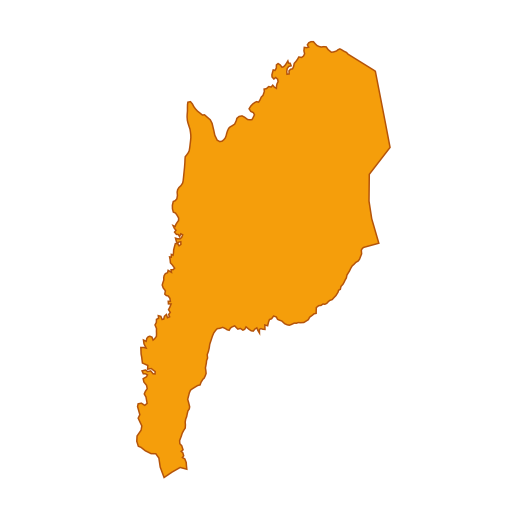 outline of Turilândia, Maranhão, Brazil, rotated 169°
{"feature_id": "56859067B16746670752925", "entity_name": "Turilândia", "entity_type": "district", "adm_level": 2, "iso_a3": "BRA", "parent_name": "Brazil", "parent_adm1": "Maranhão", "projection": "equal_earth", "projection_center": [-45.364, -2.12], "detail": "fine", "context": "isolated", "style": "filled", "palette": "amber", "viewbox_px": 512, "rotation_deg": 169, "n_neighbors": 0, "source": "geoboundaries", "source_scale": "gbopen_adm2", "svg_char_len": 5413}
<svg xmlns="http://www.w3.org/2000/svg" viewBox="0 0 512 512"><g transform="rotate(169 256 256)"><path d="M364.6,59.9L364.3,63.3L363.9,66.6L364.6,70.4L366.7,72.2L365.1,73.7L365.4,76.8L366.7,78.5L364.6,79.7L365.1,83.9L366.6,86.3L366.2,89.4L363.6,93.6L362.2,96.2L360.1,98.8L358.3,100.6L357.5,103.7L357.2,106.5L356.1,109.4L354.8,111.4L353.5,114.5L352.4,116.9L350.7,118.6L349.9,120.6L350.1,124.9L350.4,128.4L348.9,131.5L347.6,134.3L345.9,136.8L343.6,137.9L340.4,139.1L337.9,140.0L335.5,140.1L334.1,142.5L331.7,145.1L330.2,146.0L328.6,148.2L327.4,150.2L327.1,153.2L327.0,155.8L326.0,158.3L325.2,160.3L324.5,162.7L323.0,165.1L322.7,168.5L321.0,171.3L319.5,174.6L318.2,178.3L316.0,182.2L314.9,184.2L313.8,186.1L312.1,188.6L309.6,190.9L307.8,192.1L305.7,191.9L302.3,192.3L300.0,190.7L298.4,189.1L296.5,188.2L294.9,190.1L293.2,190.9L290.3,191.5L287.8,187.7L285.2,187.9L283.0,185.7L281.1,186.2L279.3,188.3L276.9,185.4L275.0,183.5L273.0,182.8L271.0,184.5L268.9,185.3L268.4,182.6L267.3,179.7L266.7,183.3L265.0,183.8L263.5,182.9L261.2,182.2L260.5,186.6L257.9,185.3L256.3,188.8L254.9,191.1L252.7,191.4L250.2,193.7L247.7,192.3L246.9,189.7L245.5,188.7L243.1,187.3L240.8,184.1L238.5,182.5L236.5,181.7L234.5,182.0L231.2,182.8L229.2,182.3L227.3,182.6L224.9,182.0L221.7,181.6L216.8,183.5L215.0,185.7L212.0,187.1L210.0,188.2L207.9,188.2L207.2,191.5L206.6,193.9L203.9,195.3L201.6,195.1L199.4,196.1L197.7,195.5L195.6,196.0L193.7,197.4L192.1,198.3L189.5,198.7L187.8,200.0L185.1,201.9L182.4,204.8L181.5,206.6L179.6,207.2L178.4,209.9L176.0,211.7L174.4,213.6L173.1,215.4L171.5,217.2L170.4,219.9L167.0,223.6L165.4,225.8L163.4,228.0L161.6,229.0L159.2,230.7L156.6,231.6L155.0,233.1L153.8,235.0L151.9,238.0L151.5,241.6L150.2,243.1L148.7,243.9L133.0,245.1L135.3,270.4L134.6,288.3L133.7,292.7L129.2,314.6L103.7,337.0L103.6,362.5L103.6,380.7L103.6,385.6L103.6,414.6L105.2,416.2L127.1,436.5L128.3,438.5L130.8,440.4L132.7,442.2L134.2,443.3L136.2,442.8L137.8,441.9L141.0,441.5L143.1,441.6L145.8,444.8L147.2,447.9L149.7,448.6L152.1,448.7L154.1,449.6L155.9,450.9L157.3,452.9L158.7,455.4L161.1,455.9L163.5,455.3L165.3,453.5L164.5,451.0L166.5,450.8L168.8,451.6L169.8,448.3L169.7,445.2L171.2,443.2L173.4,442.2L176.0,443.2L177.5,441.4L179.6,439.4L181.7,437.8L183.0,434.7L184.4,432.8L186.5,432.7L188.3,431.4L188.7,428.4L190.9,428.5L190.6,431.3L189.6,434.1L187.7,435.8L185.2,436.0L185.7,438.7L187.3,439.1L187.5,441.4L189.1,439.6L190.9,437.8L192.8,436.5L194.4,436.3L195.9,439.1L197.6,440.7L199.5,439.7L200.2,436.6L202.0,434.5L203.6,435.4L205.8,430.9L206.1,428.7L204.7,426.3L202.6,427.5L201.0,425.4L201.1,422.8L202.4,421.2L203.3,419.3L204.0,416.7L205.7,418.2L207.0,420.5L208.8,419.0L211.2,419.9L213.8,418.3L216.2,418.3L216.4,415.9L218.5,412.3L220.5,411.0L222.4,408.3L224.1,406.5L225.9,407.4L227.6,407.0L230.1,405.9L232.5,404.2L234.7,401.8L233.5,398.9L231.2,397.2L230.6,394.9L232.5,392.3L234.0,390.6L235.7,390.8L238.1,391.5L240.8,394.5L243.0,396.2L246.0,396.2L248.5,394.8L249.5,392.7L251.8,389.5L254.8,388.3L256.9,387.6L258.4,386.6L260.1,384.3L261.4,381.9L262.4,379.7L263.7,377.7L265.4,376.3L267.3,375.2L269.7,375.2L272.0,377.1L273.4,382.4L273.5,387.9L273.8,394.6L274.9,398.4L279.6,404.4L281.7,404.6L283.4,406.6L285.8,409.4L287.5,412.2L288.6,414.6L289.4,417.3L290.9,420.0L293.5,420.0L294.3,417.8L294.9,415.1L295.6,411.5L296.6,407.9L297.1,405.7L297.5,402.3L297.4,399.5L297.0,396.2L296.6,393.0L296.7,390.2L296.9,387.4L297.4,384.5L298.2,381.8L300.2,375.5L301.5,372.0L303.0,370.1L304.9,368.3L306.5,367.0L307.2,364.6L308.0,361.2L309.4,356.1L312.3,346.5L313.2,343.6L314.1,341.6L316.1,339.5L318.6,337.9L320.3,336.0L321.2,333.8L321.6,330.3L322.8,327.2L324.8,325.7L326.8,325.3L328.4,321.8L329.0,318.3L328.8,314.9L326.8,313.5L325.7,311.0L324.7,308.0L325.3,305.6L327.0,304.0L328.7,302.2L329.7,300.4L331.6,301.7L330.8,298.5L329.6,296.5L331.4,295.0L330.0,292.4L328.2,291.9L327.3,289.6L325.6,292.2L323.9,290.8L325.3,288.6L327.2,287.3L329.6,287.8L331.6,288.9L331.4,285.6L330.6,283.1L332.8,283.6L334.6,280.0L335.7,277.6L336.3,275.1L337.3,272.6L338.8,273.7L339.4,271.0L341.0,271.6L341.0,268.9L341.3,265.6L339.9,263.3L338.2,259.6L339.9,258.4L342.0,258.7L342.1,256.1L345.0,258.7L346.0,256.5L348.3,256.0L349.9,254.3L350.7,252.4L351.1,250.0L352.7,247.2L353.6,245.4L353.2,242.4L351.6,239.1L352.8,236.0L351.6,234.3L349.9,233.6L348.6,231.0L348.7,227.8L350.8,228.3L351.1,225.7L348.5,225.1L350.2,222.4L352.1,220.0L350.9,217.0L352.9,215.3L352.4,212.8L354.7,212.3L355.1,215.7L357.4,214.3L358.6,211.7L360.3,211.6L360.9,214.9L363.3,216.1L363.5,213.5L365.8,212.8L366.5,209.8L368.3,207.6L367.5,203.8L368.1,201.1L368.5,198.5L369.1,196.1L371.3,194.1L373.1,193.1L373.6,196.2L375.5,197.5L377.2,197.3L378.9,196.0L380.1,193.2L382.5,195.0L382.7,191.1L381.4,186.6L383.5,187.6L386.5,188.2L387.5,181.7L387.5,178.4L387.7,175.9L387.9,172.6L383.1,169.2L384.0,165.6L380.3,165.5L378.4,163.3L377.0,161.8L377.6,159.5L379.5,160.0L381.3,163.3L384.4,163.2L386.3,165.2L389.8,165.0L389.1,161.9L387.0,161.5L385.2,160.0L386.6,158.3L390.2,157.1L390.1,153.7L388.1,149.9L388.1,146.5L390.4,144.3L392.0,141.9L390.9,138.5L391.0,132.1L393.7,130.6L396.6,133.4L399.9,133.4L401.0,130.8L400.3,122.4L402.6,119.3L401.4,114.5L400.5,111.0L402.0,107.0L407.1,102.0L408.4,96.9L407.8,91.7L405.5,90.2L401.8,85.9L396.7,82.0L392.1,81.0L389.9,76.2L390.3,67.0L388.5,56.1L379.9,59.8L370.8,62.9L364.6,59.9ZM330.6,283.1L329.1,284.4L327.1,284.4L327.5,281.7L329.6,280.7L330.6,283.1Z" fill="#f59e0b" stroke="#b45309" stroke-width="1.5"/></g></svg>